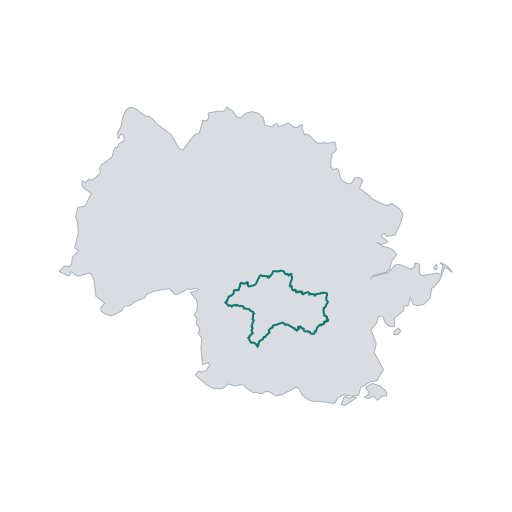 location of Sachsen-Anhalt within Germany, rotated 110°
{"feature_id": "DEU-1600", "entity_name": "Sachsen-Anhalt", "entity_type": "State", "adm_level": 1, "iso_a3": "DEU", "parent_name": "Germany", "parent_adm1": "", "projection": "orthographic", "projection_center": [11.644, 51.989], "detail": "fine", "context": "in_parent", "style": "outline", "palette": "teal", "viewbox_px": 512, "rotation_deg": 110, "n_neighbors": 0, "source": "natural_earth", "source_scale": "10m", "svg_char_len": 9605}
<svg xmlns="http://www.w3.org/2000/svg" viewBox="0 0 512 512"><g transform="rotate(110 256 256)"><path d="M223.6,432.7L212.6,425.3L202.8,425.6L201.2,423.3L197.9,423.3L192.9,419.5L188.4,421.4L187.3,423.5L187.5,424.7L192.1,425.1L192.6,426.1L187.9,428.1L180.4,427.1L171.5,428.7L164.0,428.0L159.8,426.0L158.8,422.7L159.3,417.9L161.4,411.6L162.2,407.0L161.5,404.0L162.8,399.5L166.0,393.8L171.1,376.8L181.3,365.2L181.4,360.9L165.0,355.8L162.3,354.5L160.1,351.2L146.9,352.3L146.0,349.0L142.6,347.4L138.8,349.7L137.6,349.3L133.0,341.3L132.0,337.6L129.7,335.1L126.2,334.4L127.8,327.4L131.5,322.4L131.8,318.0L124.9,313.9L121.6,308.7L121.1,302.8L123.6,296.3L129.8,292.7L129.5,286.1L124.8,282.3L124.6,281.2L126.8,278.9L120.0,270.9L122.2,263.5L121.1,261.3L117.8,259.3L116.9,257.0L119.4,256.7L125.5,252.0L125.8,251.2L124.2,250.3L124.2,248.2L128.7,237.6L128.7,235.7L126.0,230.1L126.1,228.2L122.4,221.9L122.5,219.9L129.3,216.7L134.7,219.8L136.9,218.3L139.7,218.7L146.5,216.4L148.6,213.2L146.2,210.3L146.6,208.2L154.5,202.7L155.9,199.8L156.7,194.3L155.9,192.4L155.0,191.1L148.6,189.7L147.1,186.4L148.0,182.2L149.1,181.5L156.9,182.0L160.7,170.0L162.7,166.2L164.2,151.0L160.3,146.2L162.5,137.5L165.6,133.0L167.9,131.8L177.8,131.6L188.7,132.5L192.9,139.9L191.0,143.5L193.6,145.3L194.9,144.7L196.8,138.1L197.8,137.1L202.2,141.7L202.0,147.5L203.6,139.7L202.9,134.2L203.7,128.8L206.5,124.4L214.4,126.6L223.2,126.0L226.5,128.1L233.7,138.7L239.4,141.0L235.0,138.7L226.3,125.9L216.9,122.3L214.9,118.7L215.5,106.1L212.0,103.4L208.1,104.1L207.7,101.3L208.4,99.2L217.1,96.1L217.4,92.7L210.2,80.1L210.1,74.7L216.6,75.3L224.3,78.1L226.2,79.9L236.3,78.0L244.0,81.8L247.5,87.0L247.6,91.5L242.9,96.7L250.7,96.1L252.5,100.0L256.7,98.6L267.1,104.7L275.1,101.7L276.5,106.5L274.9,111.3L269.2,116.4L270.4,119.6L272.2,120.3L277.5,119.7L285.9,122.8L297.2,113.1L306.2,112.0L319.1,97.4L332.0,99.9L335.4,106.0L344.1,112.7L351.9,111.9L354.9,118.3L356.4,126.3L361.1,130.3L367.8,131.9L369.3,140.2L373.1,153.3L373.2,157.4L372.1,162.0L370.1,165.9L365.8,170.6L365.5,173.3L377.3,184.1L380.6,189.7L379.0,197.9L381.0,201.8L382.9,203.1L383.8,205.1L384.0,209.8L385.4,211.1L383.5,219.8L381.4,223.4L382.2,226.3L385.5,231.5L385.7,238.2L392.3,242.2L395.1,250.9L393.9,258.6L388.5,272.3L383.7,270.7L383.9,267.8L383.0,267.6L381.4,264.0L374.4,262.2L372.5,264.0L376.2,268.9L362.0,276.0L351.6,279.0L348.0,284.2L346.1,283.2L341.9,285.5L340.3,288.7L335.2,289.8L333.0,293.9L327.5,292.8L320.9,294.7L317.9,296.9L312.6,305.1L308.1,298.8L307.0,298.8L306.7,300.9L309.4,305.4L310.4,309.2L318.3,316.0L320.0,318.8L316.3,326.4L324.0,339.8L329.8,346.1L333.1,346.0L340.3,354.2L345.1,357.1L348.8,362.8L353.5,363.5L360.7,370.3L362.2,372.6L361.5,381.3L358.1,384.5L352.0,381.8L348.6,392.6L333.4,400.5L329.0,405.3L329.0,406.8L335.5,415.6L335.5,419.6L333.8,423.8L338.2,424.9L338.9,427.0L337.8,435.5L331.0,432.6L329.7,427.9L326.9,426.5L320.3,428.1L311.3,424.3L310.6,429.1L295.3,430.9L284.7,435.5L281.6,438.5L273.2,440.0L271.2,439.7L267.7,433.8L253.5,432.1L251.1,441.0L249.2,443.5L244.9,445.1L245.5,441.0L241.2,439.5L241.0,436.8L238.2,434.0L231.0,430.4L227.7,432.7L223.6,432.7ZM351.2,100.8L352.0,104.0L351.3,105.7L348.0,103.0L344.8,103.2L343.0,107.5L341.6,107.7L336.6,103.9L335.8,102.1L336.0,93.4L337.5,91.5L337.7,88.8L340.3,85.9L342.7,85.7L344.7,89.7L349.5,92.3L349.9,93.4L347.4,97.0L348.1,98.8L351.2,100.8ZM366.1,121.3L366.3,125.1L358.1,125.0L357.3,122.1L357.8,119.3L355.0,116.3L354.9,113.1L366.1,121.3ZM201.0,77.0L199.1,80.9L199.7,74.0L203.1,66.9L204.3,67.1L202.5,70.4L202.0,74.6L208.9,75.2L208.1,76.5L201.0,77.0ZM282.7,99.9L278.4,100.0L275.1,97.5L277.2,94.3L281.4,95.9L282.7,99.9ZM207.4,83.9L206.3,85.0L202.2,83.6L205.3,81.5L207.1,82.1L207.4,83.9Z" fill="#d9dde1" stroke="#a8b0b8" stroke-width="1"/><path d="M264.9,234.8L264.4,234.4L263.6,232.9L263.6,231.5L263.4,230.9L262.9,230.4L262.7,229.9L262.5,229.5L262.3,228.9L262.2,228.5L261.7,228.2L261.1,227.5L261.0,226.3L261.1,224.3L261.3,224.0L261.8,223.8L262.1,223.3L262.5,223.1L262.9,222.5L262.9,222.1L262.8,221.4L262.8,221.1L262.2,220.7L262.3,219.6L262.5,219.3L263.0,219.1L263.1,218.9L262.6,218.9L262.2,218.4L261.5,218.0L261.4,217.5L260.9,216.8L260.9,216.5L261.2,216.3L262.0,216.4L262.4,216.3L263.3,215.4L263.4,214.8L263.6,214.7L265.3,214.4L269.3,214.5L270.0,214.2L270.6,214.1L272.1,214.2L272.6,214.1L272.8,213.8L272.8,213.6L272.8,212.9L272.2,212.4L272.2,212.1L272.5,211.9L273.5,211.6L274.2,211.2L274.9,210.6L275.2,210.2L275.5,209.6L275.4,208.8L275.3,208.7L274.9,208.6L274.6,208.4L274.4,207.9L274.4,207.6L274.6,207.0L274.9,206.7L276.1,206.3L276.3,206.1L276.3,205.8L276.3,205.2L276.1,204.8L275.8,205.1L275.7,205.2L275.6,204.3L275.1,204.3L274.3,203.0L274.3,202.8L274.8,202.4L274.8,202.1L274.6,201.8L274.5,201.4L273.9,201.0L273.8,200.5L273.9,200.3L274.4,200.1L275.7,199.8L275.9,199.6L276.0,199.0L275.8,198.6L275.0,197.8L274.5,197.7L274.2,197.4L272.1,194.6L272.2,193.9L272.5,193.0L273.1,192.8L273.7,192.9L274.0,192.8L273.7,192.3L272.9,191.0L272.6,190.5L272.4,189.7L272.4,188.7L272.4,188.4L273.2,187.5L273.3,187.3L273.3,187.1L273.2,187.0L272.7,186.8L272.1,187.2L271.8,187.2L271.6,186.9L270.6,185.4L269.2,182.5L268.8,182.2L268.5,182.2L268.2,181.9L268.0,181.3L268.0,180.7L267.4,180.0L266.9,178.8L267.0,178.1L266.9,177.3L267.0,176.8L267.0,176.4L268.1,175.9L269.5,175.8L270.7,175.9L272.4,175.3L272.9,175.0L273.2,174.7L273.8,174.2L273.9,173.4L274.1,173.1L274.2,172.9L274.5,172.8L275.6,172.8L276.5,173.0L277.2,173.4L278.9,173.2L280.3,173.5L280.7,173.8L281.0,174.0L281.3,174.5L281.5,174.6L281.8,174.5L282.4,174.1L282.6,174.2L283.2,174.2L285.0,173.5L286.0,173.2L287.8,171.5L288.7,171.4L288.8,171.3L288.6,170.5L288.6,170.1L288.8,169.0L289.0,168.4L289.4,168.2L289.8,168.3L290.2,168.3L290.5,168.1L291.1,166.5L292.4,166.2L292.7,166.4L292.7,166.8L292.5,167.3L292.3,167.5L292.7,167.7L293.6,167.8L294.0,168.0L294.2,168.6L294.2,169.1L294.4,169.4L294.9,169.5L295.9,168.9L296.4,168.8L297.3,170.2L297.7,170.5L298.6,170.6L298.9,170.8L298.8,171.3L298.4,171.9L298.4,172.1L300.3,173.3L301.1,173.5L302.3,174.1L302.8,174.2L303.3,174.1L304.0,174.1L306.2,173.8L306.5,174.1L306.6,174.5L306.6,175.0L307.3,175.1L308.4,174.7L309.3,175.0L309.6,175.6L310.2,177.4L310.2,177.7L310.1,178.3L309.1,179.1L309.0,179.4L309.1,179.8L309.4,180.2L309.5,180.6L309.1,181.0L308.9,181.3L309.0,181.7L309.3,182.2L309.5,182.9L310.1,183.5L310.0,184.4L309.7,185.3L309.4,185.9L308.8,186.2L308.1,186.2L308.0,186.9L308.0,188.1L307.8,188.9L307.0,190.2L307.1,190.3L308.0,190.3L308.2,190.5L307.8,191.1L307.7,191.2L307.8,191.7L308.0,192.0L308.4,192.1L309.1,191.8L309.3,191.6L309.5,190.9L309.6,190.7L310.0,190.8L310.2,191.0L310.8,191.9L311.0,192.1L311.7,192.0L312.0,191.9L312.1,192.0L311.9,192.4L311.9,193.2L311.9,193.5L311.5,194.1L311.3,194.9L311.1,195.1L310.7,195.4L310.8,195.7L311.0,196.1L311.0,196.3L310.8,197.2L310.3,198.3L310.4,198.6L310.2,199.1L310.4,200.0L310.0,200.9L309.6,202.1L309.6,202.4L309.7,203.5L310.0,203.9L310.3,203.9L310.4,204.0L310.6,204.4L310.8,204.7L310.7,205.0L310.1,205.7L309.7,206.9L309.5,207.3L309.4,207.6L309.9,208.9L310.8,209.8L311.1,210.6L311.8,211.1L312.4,211.7L314.3,214.2L314.4,215.0L314.8,215.4L316.2,216.4L316.9,216.4L317.3,215.9L317.6,215.9L318.4,216.9L319.8,218.0L320.3,218.3L321.7,218.5L322.1,218.1L322.8,217.7L323.0,217.5L323.1,217.1L323.4,217.1L327.3,219.4L328.8,219.6L329.2,219.9L329.6,221.0L329.8,221.1L331.4,221.1L332.3,221.4L332.7,221.7L333.2,222.4L334.9,223.6L335.5,223.8L337.4,223.5L337.7,223.5L337.9,223.9L338.3,224.1L338.7,223.4L338.8,223.3L340.0,223.3L340.6,223.5L340.3,224.1L339.3,225.3L338.3,227.1L338.3,227.5L338.4,229.1L338.5,229.7L338.8,230.1L339.1,230.7L339.0,231.3L338.2,232.4L336.2,234.2L335.6,235.3L335.0,235.2L334.4,234.5L334.0,234.3L333.4,234.7L333.0,234.7L332.6,234.2L331.9,233.9L331.1,233.7L330.7,233.4L330.4,232.7L329.5,232.8L329.3,233.2L327.7,234.6L327.1,234.9L326.2,234.5L325.1,234.4L324.7,234.6L324.2,235.6L323.6,236.2L323.2,236.2L322.9,235.9L320.0,236.5L319.6,236.2L317.2,236.1L316.8,237.4L316.7,237.6L314.4,237.9L312.6,238.7L311.7,238.6L310.7,238.2L310.6,238.4L310.4,239.1L309.5,239.8L309.5,242.1L309.4,242.7L309.1,242.9L308.9,243.3L308.4,243.7L308.4,243.8L308.5,244.8L308.7,245.4L308.8,246.5L308.8,247.3L309.3,248.4L309.3,248.8L309.3,249.4L309.1,249.8L308.9,249.9L308.5,250.0L308.1,250.3L307.8,250.8L307.7,251.1L307.7,251.5L308.0,252.2L308.0,253.2L308.6,254.0L308.7,254.5L308.8,255.9L308.7,256.4L308.4,256.9L308.4,257.2L309.3,257.5L309.2,258.8L309.5,259.4L310.2,260.0L310.3,260.8L310.4,261.0L310.5,261.1L311.8,261.4L311.9,261.7L311.3,262.7L311.2,263.7L311.3,263.9L311.9,264.2L312.2,264.6L312.2,264.8L312.2,265.0L311.5,266.3L310.4,267.7L310.3,268.1L310.5,268.5L309.9,268.9L309.7,268.9L309.4,268.5L308.6,267.8L308.5,267.7L308.3,267.7L308.1,268.0L307.6,268.2L305.8,267.6L305.0,267.8L303.7,267.9L303.6,267.4L302.6,266.9L302.3,266.6L302.1,266.0L301.7,265.6L300.2,264.9L299.5,264.4L299.2,264.3L296.4,264.6L296.0,264.9L295.8,264.8L295.4,264.4L295.2,263.8L294.9,263.2L294.8,262.9L294.5,262.4L294.5,261.4L294.4,261.2L293.6,260.6L292.4,260.9L291.0,260.8L289.6,260.6L288.7,261.2L287.0,261.1L286.4,260.8L286.2,260.5L286.0,259.6L286.1,259.4L286.3,259.3L286.3,259.2L286.3,258.5L286.1,257.8L285.5,256.6L285.2,256.3L284.5,256.0L283.8,255.6L283.5,255.0L283.9,254.4L285.4,254.1L286.2,253.7L286.5,253.4L286.8,252.9L287.1,252.3L285.4,249.7L284.5,248.2L283.0,246.9L282.2,246.6L279.4,246.2L278.1,246.2L273.4,245.6L272.6,245.2L272.4,244.7L272.4,243.9L272.6,242.8L272.3,242.3L271.8,241.2L271.9,240.1L271.5,239.6L271.3,239.2L270.9,238.0L270.8,237.7L271.1,237.5L271.7,237.7L271.9,237.6L272.1,237.5L272.0,237.0L271.8,236.4L271.6,236.3L271.2,236.3L270.2,235.9L269.9,235.5L269.0,235.4L267.6,234.7L264.9,234.8Z" fill="none" stroke="#0f766e" stroke-width="2"/></g></svg>